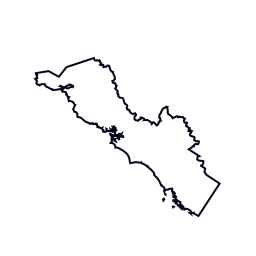 outline of Abau District, Central, Papua New Guinea, rotated 33°
{"feature_id": "67681753B18865341537387", "entity_name": "Abau District", "entity_type": "district", "adm_level": 2, "iso_a3": "PNG", "parent_name": "Papua New Guinea", "parent_adm1": "Central", "projection": "albers", "projection_center": [148.82, -10.068], "detail": "fine", "context": "isolated", "style": "outline", "palette": "ink", "viewbox_px": 256, "rotation_deg": 33, "n_neighbors": 0, "source": "geoboundaries", "source_scale": "gbopen_adm2", "svg_char_len": 5960}
<svg xmlns="http://www.w3.org/2000/svg" viewBox="0 0 256 256"><g transform="rotate(33 128 128)"><path d="M149.6,88.8L148.4,89.3L147.9,91.1L146.9,92.4L146.9,95.7L147.5,98.0L147.1,99.2L148.2,101.9L148.8,102.4L149.7,102.2L150.8,103.7L151.5,103.9L150.8,104.7L151.2,105.7L150.5,106.6L151.1,107.2L151.2,109.4L150.4,110.3L148.3,109.4L146.2,109.3L145.7,111.4L145.1,110.5L144.6,111.0L143.0,110.5L139.7,110.8L137.2,112.6L137.2,111.8L136.1,111.4L133.3,111.9L132.9,112.3L133.6,112.8L133.8,113.6L132.7,114.7L132.5,116.4L129.9,117.3L128.6,117.0L127.2,114.6L127.7,113.1L127.4,112.3L125.9,111.8L124.5,113.6L123.4,113.9L120.3,113.3L119.8,112.4L118.8,112.2L117.4,112.9L115.8,111.6L115.6,110.2L114.6,109.3L111.9,109.3L107.6,105.8L104.2,107.0L102.6,106.6L101.9,105.4L101.3,105.5L101.1,104.7L99.8,104.4L99.5,102.8L95.6,101.7L95.8,100.2L95.3,99.5L95.5,98.8L92.9,97.9L92.8,97.5L90.6,98.2L89.3,97.1L90.2,95.9L90.4,93.9L88.9,92.3L85.4,90.0L84.8,89.1L83.5,89.6L81.2,88.6L78.3,86.1L76.8,86.8L76.1,89.0L75.2,89.2L74.3,90.3L72.8,88.6L72.3,88.6L71.3,89.9L70.5,89.5L70.0,89.9L69.9,88.0L68.5,87.9L67.7,86.8L67.1,86.7L66.3,87.8L64.9,88.1L64.7,88.8L63.8,89.2L62.7,89.1L61.3,87.9L43.3,110.4L42.1,122.7L30.5,123.5L20.9,132.1L22.0,132.8L22.4,132.4L22.7,132.5L22.9,132.9L22.3,133.3L23.2,133.7L23.8,135.1L25.5,135.6L24.5,135.7L24.2,136.5L23.4,137.3L26.1,138.2L26.7,140.4L27.8,140.8L28.7,140.8L29.2,140.2L30.7,140.4L31.7,138.2L34.2,136.6L35.0,136.6L35.2,137.4L36.7,137.9L38.0,137.5L43.8,137.2L43.7,136.8L44.3,136.9L46.4,135.5L51.0,131.4L51.1,131.0L49.4,129.5L48.1,129.9L48.2,129.5L49.4,129.2L50.8,130.1L50.8,129.3L52.7,128.2L53.3,126.8L53.8,127.2L53.9,125.8L55.2,123.7L55.0,122.7L55.4,123.2L58.5,122.6L60.2,123.1L58.2,123.3L57.9,123.9L58.7,124.2L57.7,124.7L56.1,127.5L55.1,128.1L53.6,127.9L52.4,129.3L52.6,130.9L51.4,132.1L53.0,133.3L55.8,132.0L56.8,132.0L57.8,133.6L58.5,133.2L60.2,134.6L61.8,134.2L61.6,135.6L63.8,137.7L64.6,136.9L67.2,136.2L69.3,136.8L70.5,137.6L71.2,137.4L71.8,142.2L73.5,143.0L73.9,143.6L75.7,143.0L77.6,143.6L79.5,146.2L82.7,145.0L87.9,145.8L93.4,145.2L93.2,144.9L97.7,143.2L96.6,143.6L95.7,143.5L95.7,143.2L96.4,143.4L99.3,142.3L98.2,142.2L98.7,141.6L99.7,141.6L101.8,143.9L102.3,143.6L102.1,142.0L102.5,143.3L103.6,143.5L104.4,142.9L106.3,142.7L106.5,142.1L106.9,143.2L108.7,143.2L109.1,144.6L109.8,144.4L111.3,143.4L111.9,142.3L110.4,140.5L110.8,140.5L111.0,141.2L112.8,141.6L114.0,140.7L114.7,140.7L115.4,140.0L114.5,139.1L115.6,139.4L116.7,138.2L116.8,137.7L116.0,137.9L115.1,137.0L115.1,136.4L114.5,136.4L115.4,136.3L115.3,136.9L116.2,137.7L116.8,137.4L116.2,135.1L114.7,135.0L115.5,134.2L115.8,134.3L115.1,134.8L117.6,134.9L117.5,135.4L116.5,135.3L117.0,136.1L120.3,136.2L117.1,136.8L117.2,138.9L117.4,139.4L119.1,138.4L120.4,139.9L120.8,141.1L122.1,140.1L123.2,140.1L123.5,137.8L124.6,137.3L125.5,137.4L125.8,136.3L126.4,138.1L128.4,137.6L128.9,138.2L128.7,138.4L128.2,137.9L127.9,138.3L127.5,138.1L126.2,138.5L125.2,139.1L123.9,140.6L125.0,140.8L125.9,140.4L126.0,140.9L125.2,142.2L126.6,142.1L127.3,142.9L126.5,142.3L124.9,142.2L125.7,140.7L124.7,141.0L123.1,141.0L121.0,142.0L120.1,143.7L118.7,144.4L120.4,144.3L121.9,144.8L122.8,144.5L122.5,145.0L123.4,145.0L124.9,145.9L124.2,146.0L124.0,145.6L122.7,145.2L121.7,145.7L121.0,145.3L120.2,145.6L120.3,146.1L121.3,145.9L121.8,146.6L122.7,146.6L121.0,146.8L121.8,148.6L121.7,149.9L122.8,149.2L124.8,149.0L126.1,149.3L128.2,151.3L129.1,150.4L131.7,149.9L137.6,149.7L141.6,150.3L145.0,152.1L148.9,156.3L153.4,152.2L157.4,150.4L157.7,149.8L158.0,150.2L160.4,149.7L164.3,149.6L164.8,149.2L165.5,149.4L165.1,149.8L170.1,150.4L173.4,151.2L174.9,151.9L175.4,153.1L179.8,154.1L183.4,155.6L187.1,158.0L187.4,157.7L187.8,158.1L189.8,158.0L192.8,159.6L195.3,157.8L195.7,156.6L197.4,155.5L197.8,154.8L198.3,154.9L198.4,155.2L197.9,155.4L199.2,156.2L199.3,157.2L200.9,158.0L201.4,156.8L202.9,157.3L202.7,158.2L204.1,159.2L203.5,160.0L202.9,160.1L203.8,161.3L204.1,161.3L204.9,159.6L205.7,159.4L205.8,160.9L208.4,161.8L207.9,162.0L208.7,163.0L206.4,163.1L205.3,164.0L205.8,164.6L207.3,164.3L209.6,165.3L210.2,164.8L209.1,163.5L209.0,162.7L209.6,162.1L210.9,161.7L212.0,162.1L212.3,161.8L213.8,163.5L213.3,164.9L212.1,165.2L212.0,165.8L214.1,165.9L216.1,166.5L216.7,166.2L217.3,166.5L217.2,165.4L216.0,165.1L215.0,165.6L214.2,165.5L213.6,165.0L214.4,164.8L213.7,164.2L214.7,163.7L215.0,164.1L215.6,163.6L217.4,163.9L218.2,164.7L218.2,165.4L219.6,165.8L220.2,164.6L221.2,163.8L223.0,163.4L225.5,163.4L227.2,164.3L228.6,164.0L229.4,163.2L229.8,163.8L235.0,163.4L235.1,124.7L219.5,124.6L216.0,123.2L214.9,120.0L209.9,119.9L209.7,119.7L210.5,118.5L210.5,116.9L209.1,114.7L205.8,116.5L203.8,116.8L203.0,116.6L202.1,114.2L202.2,113.6L203.0,112.8L190.5,112.8L192.1,109.5L192.1,108.1L193.3,107.5L192.7,106.3L193.0,105.2L193.5,104.4L195.2,103.8L195.6,102.8L195.4,101.8L194.5,100.6L192.0,102.2L189.9,102.0L189.3,100.1L188.3,99.5L184.8,100.4L183.8,100.2L183.4,99.6L183.4,97.0L183.0,96.7L183.2,95.9L182.4,96.1L181.9,97.2L180.4,97.5L180.7,95.7L179.7,95.8L179.8,94.5L177.9,94.7L177.0,94.4L176.0,94.8L175.4,94.6L174.7,91.5L174.1,91.5L172.6,92.7L171.5,92.1L170.7,91.0L170.6,89.4L170.3,89.6L167.9,89.0L166.0,90.4L164.8,90.5L164.1,91.8L163.2,91.3L162.5,91.5L160.2,95.4L158.3,94.5L153.9,94.2L153.0,93.5L151.4,91.1L149.7,89.7L149.6,88.8ZM120.3,141.8L117.6,142.6L117.4,143.3L118.4,143.8L119.9,143.3L120.5,142.4L120.3,141.8ZM125.6,138.7L125.8,138.1L125.4,137.7L124.1,137.7L123.8,138.0L124.6,139.2L125.6,138.7ZM120.2,144.5L119.4,144.6L119.9,145.7L120.5,145.1L122.0,145.2L120.2,144.5ZM196.7,167.8L196.2,168.7L197.2,169.6L197.3,168.2L196.7,167.8ZM209.4,169.1L208.5,169.2L208.4,169.4L209.1,169.9L209.4,169.1ZM193.2,161.6L193.1,161.0L192.5,160.6L192.3,160.9L193.2,161.6ZM116.8,143.2L116.9,142.7L116.6,142.5L116.3,143.0L116.8,143.2ZM195.8,163.4L195.6,163.0L195.0,163.1L195.2,163.4L195.8,163.4ZM227.3,165.6L226.9,165.3L226.5,165.5L227.3,165.6ZM118.0,136.3L117.5,136.3L117.2,136.4L117.6,136.6L118.0,136.3Z" fill="none" stroke="#020617" stroke-width="2"/></g></svg>